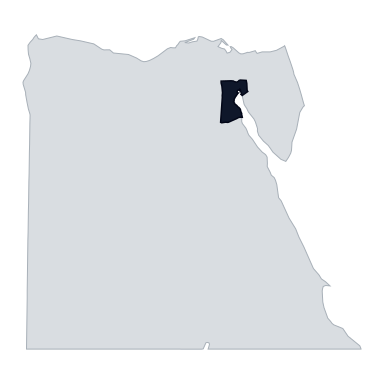 Egypt, with As Suways highlighted
{"feature_id": "EGY-1536", "entity_name": "As Suways", "entity_type": "Governorate", "adm_level": 1, "iso_a3": "EGY", "parent_name": "Egypt", "parent_adm1": "", "projection": "robinson", "projection_center": [32.482, 29.608], "detail": "fine", "context": "in_parent", "style": "filled", "palette": "ink", "viewbox_px": 384, "rotation_deg": 0, "n_neighbors": 0, "source": "natural_earth", "source_scale": "10m", "svg_char_len": 4304}
<svg xmlns="http://www.w3.org/2000/svg" viewBox="0 0 384 384"><path d="M361.0,349.1L351.7,349.1L342.5,349.1L333.3,349.1L324.1,349.1L314.8,349.1L305.6,349.1L296.4,349.1L287.1,349.1L277.9,349.1L268.7,349.1L259.5,349.1L250.2,349.1L241.0,349.1L231.8,349.1L222.5,349.1L213.3,349.1L208.1,349.1L209.0,346.2L209.5,344.2L208.9,342.8L207.1,342.4L205.9,342.8L203.2,348.9L201.7,349.2L198.4,349.2L187.7,349.2L177.0,349.1L166.2,349.1L155.5,349.1L144.7,349.1L134.0,349.1L123.2,349.1L112.5,349.1L101.7,349.1L91.0,349.1L80.3,349.1L69.5,349.1L58.8,349.1L48.0,349.1L37.3,349.1L26.5,349.1L26.6,341.8L26.7,334.5L26.8,327.2L26.9,319.9L27.0,312.6L27.1,305.3L27.2,298.0L27.2,290.7L27.3,283.4L27.4,276.1L27.5,268.7L27.6,261.4L27.7,254.1L27.8,246.8L27.9,239.5L28.1,232.2L28.2,224.9L28.3,217.6L28.4,210.3L28.6,203.0L28.7,195.7L28.8,188.4L28.9,181.1L29.1,173.8L29.2,166.5L29.3,159.2L29.4,151.8L29.6,144.5L29.7,137.2L29.8,129.9L29.9,122.6L30.1,115.3L29.9,113.9L28.4,109.0L27.1,102.7L25.7,94.9L25.6,92.4L23.2,84.4L23.0,82.2L23.7,80.5L28.0,73.8L29.4,70.5L30.5,66.6L30.9,63.4L29.8,58.6L28.5,54.2L28.1,49.7L28.0,45.3L30.2,42.2L32.8,39.4L33.8,37.7L35.4,35.8L36.4,34.8L38.4,38.8L42.7,39.5L56.8,36.0L72.2,39.5L80.7,40.9L93.8,43.9L101.8,49.2L103.9,49.9L109.7,49.8L113.4,53.0L128.5,54.5L136.5,58.0L141.0,60.8L143.7,61.7L146.1,61.5L149.4,60.5L153.5,58.5L158.1,55.8L167.4,48.8L170.7,47.5L172.8,47.8L175.5,47.8L176.6,45.8L177.9,44.5L178.8,43.1L180.2,41.3L185.1,40.8L194.8,37.7L193.7,39.2L184.8,42.6L188.6,43.0L192.5,41.8L196.9,41.1L197.7,39.6L198.3,36.9L199.1,36.5L202.2,37.0L211.2,41.2L213.5,41.3L219.9,39.0L221.2,38.5L223.3,39.8L228.0,45.1L226.4,45.0L221.3,40.5L220.9,42.7L218.0,46.6L221.6,48.3L224.5,49.0L226.1,51.2L227.1,53.1L229.9,52.3L232.0,49.6L230.9,48.1L230.2,46.6L231.2,46.6L233.2,47.8L238.9,52.9L240.8,53.9L243.1,53.8L247.7,52.3L249.0,52.5L255.3,50.7L256.1,52.1L257.1,53.4L262.1,51.9L270.1,51.9L276.5,50.3L284.0,46.3L284.6,45.7L285.0,46.6L286.0,49.4L288.3,56.3L290.3,61.8L292.8,69.3L293.6,72.2L293.9,74.2L297.5,82.5L299.7,89.3L301.3,94.8L303.5,102.9L304.4,105.7L302.9,107.2L299.8,112.4L296.6,129.1L292.0,142.1L291.5,150.3L290.7,153.2L288.5,157.4L285.8,161.4L280.9,159.3L273.0,152.2L268.3,145.5L263.4,141.1L258.7,135.3L257.4,131.1L257.5,128.5L255.4,121.9L253.9,118.9L248.3,111.9L246.6,108.2L245.4,106.6L244.1,104.3L242.1,95.3L239.8,89.5L237.3,91.1L237.7,93.5L235.5,96.9L234.1,100.7L235.2,103.9L239.8,108.7L240.7,110.8L241.8,115.3L241.7,121.5L242.4,123.6L245.9,128.2L247.1,130.9L247.9,133.2L249.0,135.4L252.5,139.4L257.5,147.0L262.2,152.1L265.6,154.6L267.1,157.1L267.4,163.5L267.2,166.5L270.2,172.3L271.3,175.2L274.2,177.6L275.5,180.3L276.8,184.7L278.6,197.7L281.2,200.9L289.0,218.0L295.7,228.9L298.9,237.0L303.8,246.8L313.4,268.5L319.1,275.1L321.4,278.9L325.6,281.8L330.0,285.9L325.8,285.5L324.7,285.8L323.2,286.5L322.5,289.0L322.2,291.1L322.8,302.1L324.0,307.6L327.8,318.2L330.6,321.4L332.0,323.4L333.9,324.9L342.8,328.5L348.0,336.2L359.8,345.8L360.9,348.5L361.0,349.1Z" fill="#d9dde1" stroke="#a8b0b8" stroke-width="1"/><path d="M242.2,95.5L242.1,95.4L241.5,94.7L240.9,94.4L241.0,94.1L241.3,93.8L241.5,93.7L241.5,92.8L241.1,92.2L240.0,91.0L240.2,90.8L240.3,90.7L240.2,90.4L240.3,90.3L240.4,90.2L240.2,90.1L240.0,89.9L239.9,89.7L239.7,89.5L239.7,89.4L239.8,89.3L240.2,89.2L240.1,88.8L240.1,88.6L240.2,88.3L239.6,89.1L239.6,89.5L239.8,89.9L240.0,90.1L240.0,90.6L239.8,90.6L239.7,90.2L239.5,89.9L239.2,89.9L238.8,90.1L238.4,89.9L237.8,90.3L237.4,90.9L237.1,91.5L237.1,92.1L237.3,92.5L237.7,92.9L238.3,93.0L237.8,93.4L235.5,96.8L235.3,97.0L235.1,97.3L234.3,98.8L234.1,99.4L234.1,100.7L233.9,101.3L233.5,101.7L233.5,102.0L233.8,102.2L234.1,102.6L234.4,103.1L234.6,103.8L234.9,104.1L236.3,105.1L236.7,105.4L237.9,106.9L238.8,107.4L239.6,108.3L240.3,109.2L240.5,109.9L240.6,110.7L240.9,111.7L241.3,112.7L241.7,113.3L241.7,113.5L241.6,114.1L242.3,117.3L239.7,117.3L239.1,117.4L238.0,117.8L237.2,118.3L228.8,122.1L228.2,122.3L227.8,122.4L225.5,122.2L221.7,122.8L220.6,122.3L222.3,97.3L222.2,95.7L222.5,92.8L221.9,86.2L221.1,83.0L221.1,81.1L231.1,80.8L233.4,81.0L234.2,81.5L234.6,81.7L235.1,81.8L236.5,82.1L236.9,82.1L237.0,82.0L237.8,81.6L238.0,81.6L239.0,80.5L239.3,80.4L240.1,80.1L241.0,80.1L246.2,80.4L246.8,83.5L247.1,90.1L247.4,90.8L247.6,91.2L247.8,91.5L242.2,95.5L242.2,95.5Z" fill="#0f172a" stroke="#020617" stroke-width="1.5"/></svg>